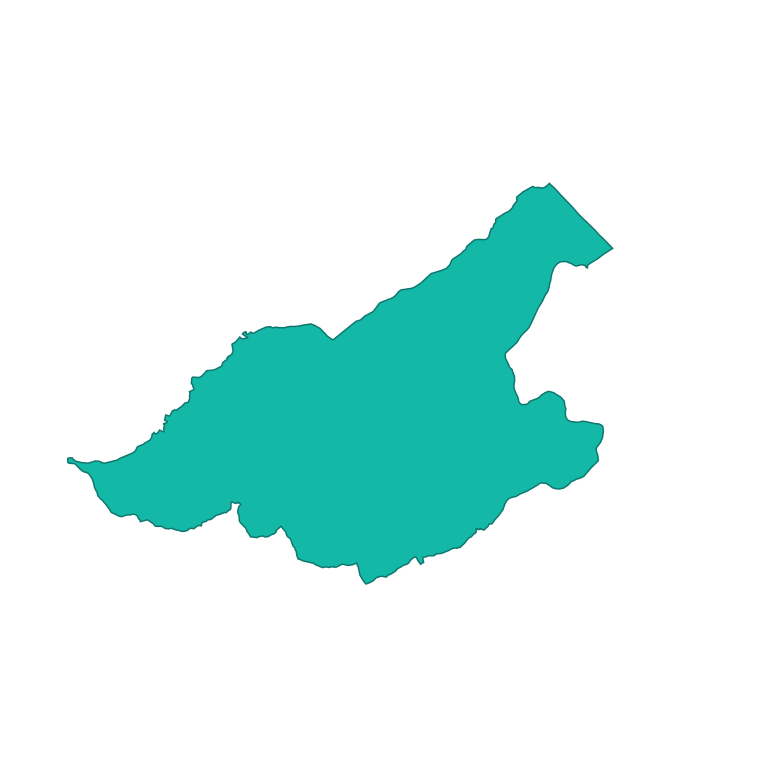 the district of Lunca De Sus, Harghita, Romania, rotated 304°
{"feature_id": "2599482B22332008821667", "entity_name": "Lunca De Sus", "entity_type": "district", "adm_level": 2, "iso_a3": "ROU", "parent_name": "Romania", "parent_adm1": "Harghita", "projection": "orthographic", "projection_center": [25.973, 46.514], "detail": "fine", "context": "isolated", "style": "filled", "palette": "teal", "viewbox_px": 768, "rotation_deg": 304, "n_neighbors": 0, "source": "geoboundaries", "source_scale": "gbopen_adm2", "svg_char_len": 6171}
<svg xmlns="http://www.w3.org/2000/svg" viewBox="0 0 768 768"><g transform="rotate(304 384 384)"><path d="M446.5,598.3L448.1,596.8L449.6,595.8L456.9,596.1L461.5,595.2L467.2,592.5L470.9,589.4L471.5,587.9L471.2,585.0L470.4,583.2L469.4,581.7L465.7,572.4L464.2,569.4L461.4,567.0L460.5,565.8L457.4,560.0L456.9,556.9L457.5,554.5L458.9,552.5L461.7,550.3L465.2,548.6L467.4,545.6L470.5,543.2L471.6,539.3L472.0,537.3L471.7,533.6L471.7,529.7L470.9,527.0L470.0,524.8L469.1,523.9L467.0,522.5L462.9,520.7L460.5,520.3L457.7,519.2L451.9,515.0L450.8,514.5L447.8,514.2L445.0,511.5L443.8,509.0L444.1,507.1L444.8,505.5L446.9,503.6L449.0,500.6L449.7,499.1L452.7,494.9L455.2,492.5L459.6,490.6L463.3,487.9L466.3,483.5L467.6,482.1L468.1,478.6L469.4,477.0L472.8,471.1L474.0,469.6L476.7,467.7L477.5,467.5L493.0,471.0L497.7,470.7L502.6,470.9L508.9,472.3L511.7,472.6L516.7,472.1L533.3,469.3L540.7,469.1L547.5,468.0L551.9,468.1L556.8,466.7L559.7,465.2L562.3,464.6L569.0,461.5L575.2,460.0L579.0,460.1L581.2,460.6L584.1,462.1L587.3,466.3L588.6,472.4L588.8,475.8L589.3,477.4L593.4,481.1L594.6,484.0L594.4,485.2L593.8,486.3L593.9,487.6L594.1,487.8L596.3,486.4L598.4,487.0L607.8,491.3L613.5,493.1L624.3,497.7L626.8,485.8L628.0,478.6L629.5,472.9L633.5,450.6L636.1,441.0L639.8,423.7L641.9,415.3L642.4,410.4L642.9,409.0L638.3,407.9L635.3,406.3L633.1,401.7L631.4,399.6L630.9,396.8L621.2,391.9L613.2,389.5L610.1,391.8L604.2,391.4L602.1,391.9L600.6,391.7L596.9,390.9L593.2,388.7L584.4,384.8L583.1,384.5L581.5,385.7L579.9,386.3L578.0,385.8L574.0,387.2L573.1,386.2L572.3,386.1L566.2,388.0L564.6,388.4L562.1,388.3L561.0,387.7L559.7,386.3L556.5,381.2L553.8,378.3L545.0,375.8L543.6,375.8L541.6,376.6L537.8,375.3L535.1,375.0L526.0,371.2L524.2,371.0L519.9,371.9L514.8,371.1L510.3,368.2L501.9,361.3L488.8,358.3L481.4,355.2L478.8,353.4L471.7,345.7L469.4,344.6L464.8,344.2L461.7,343.5L457.6,341.4L456.5,340.1L454.7,339.2L451.0,336.4L448.3,335.0L438.1,334.6L429.8,330.2L423.9,328.7L420.2,325.7L392.0,317.1L391.9,310.2L392.5,308.5L394.3,299.9L393.8,293.9L392.9,289.8L386.7,283.1L385.0,281.7L381.4,277.4L380.2,275.3L377.9,272.6L374.3,269.2L371.5,264.5L371.0,263.1L368.2,260.1L368.0,257.8L365.4,254.5L359.0,250.5L352.6,247.2L352.6,244.5L350.8,244.0L348.5,242.8L348.7,241.8L350.1,240.4L348.2,238.8L346.2,238.8L346.2,244.9L345.3,244.6L344.4,243.4L342.9,242.3L342.0,240.9L342.3,238.2L335.9,237.5L332.0,235.7L326.9,240.5L323.1,241.2L319.3,239.3L318.5,239.3L318.4,239.7L317.6,239.5L317.5,239.9L316.2,239.9L311.7,238.3L307.8,239.5L305.5,237.9L302.4,236.4L299.7,234.3L296.0,229.6L289.0,228.6L286.9,227.7L285.2,226.1L284.7,224.6L284.1,224.0L282.8,221.6L281.3,221.4L276.8,224.0L276.7,224.8L273.5,229.3L272.1,229.0L268.9,227.0L266.7,229.2L265.4,229.3L264.0,230.8L259.3,231.9L259.0,231.9L257.8,230.3L256.8,229.6L252.3,228.8L245.8,226.3L245.7,225.1L243.5,223.6L237.6,224.3L236.2,220.4L231.2,222.4L231.6,223.8L231.6,225.4L230.9,225.6L227.2,223.2L228.1,224.6L224.2,226.1L221.5,228.1L220.8,227.5L220.3,223.7L217.0,223.8L215.0,222.9L214.9,221.8L215.3,220.6L213.0,219.9L209.6,221.3L206.4,221.3L201.2,218.6L199.7,218.4L194.7,215.0L193.3,214.7L189.9,215.3L186.5,214.4L174.5,206.5L171.8,205.4L161.6,196.2L161.0,193.4L160.9,191.6L158.9,187.9L152.8,182.9L149.6,176.9L147.5,171.1L147.8,168.4L148.4,166.9L146.6,164.2L145.4,163.5L142.3,165.6L142.1,166.2L142.3,167.3L144.8,171.8L144.9,172.5L144.9,173.5L143.4,180.1L143.2,183.3L143.3,184.0L144.3,187.2L144.5,189.1L143.7,191.6L141.8,195.8L137.9,200.4L136.8,201.3L134.7,204.6L133.7,206.8L131.4,209.1L130.2,213.5L130.1,216.1L129.4,217.7L128.3,222.1L126.9,225.3L126.7,226.4L125.1,229.5L126.3,238.3L127.3,240.8L130.1,242.7L132.2,244.8L133.8,247.1L135.5,248.4L136.5,249.9L136.9,252.5L136.1,254.4L135.2,255.8L134.5,258.2L133.7,259.0L139.1,263.8L139.2,271.1L138.2,273.6L139.4,276.1L140.6,277.5L141.7,279.5L141.9,283.6L143.6,286.6L145.5,288.4L146.7,293.2L147.7,295.2L148.6,298.4L150.3,301.0L152.9,303.0L155.8,303.8L156.6,304.9L157.7,307.3L162.7,308.9L164.3,311.9L166.5,310.8L167.8,310.8L170.6,313.4L172.0,313.5L173.5,314.5L174.2,315.6L175.7,316.5L181.8,318.6L183.6,320.4L188.4,323.7L189.1,325.1L192.1,325.8L193.8,326.7L195.2,326.6L199.8,323.7L201.0,323.6L202.2,328.1L203.2,328.9L204.3,329.2L204.2,330.7L204.5,331.4L204.2,332.6L201.4,332.2L198.0,333.3L195.9,334.4L193.1,338.1L189.8,340.5L188.7,342.4L188.3,344.9L187.6,347.3L187.5,349.1L186.8,350.7L185.0,353.2L184.7,354.5L182.7,358.8L185.7,364.7L187.1,365.3L190.2,368.4L190.6,370.9L192.9,373.4L196.4,375.1L198.2,376.7L201.2,377.3L201.8,376.4L208.5,378.2L206.7,384.0L206.6,385.1L204.1,388.0L203.4,389.9L203.5,392.4L201.9,395.1L198.9,398.9L198.2,401.8L196.8,403.3L196.4,404.5L193.1,407.7L190.9,410.6L191.8,413.2L191.8,414.5L192.5,416.8L195.9,425.7L196.0,429.1L196.7,431.5L196.8,432.9L197.4,435.5L197.7,436.1L198.9,436.9L200.7,439.5L200.9,440.7L203.0,442.6L203.9,443.8L204.2,445.0L205.5,446.8L211.4,450.2L213.5,455.8L216.7,459.1L220.4,461.6L219.0,462.9L218.1,464.8L212.1,471.0L209.1,477.4L208.1,480.9L211.7,483.5L215.4,485.3L218.3,485.6L220.0,486.5L220.8,487.5L222.1,488.2L223.4,489.6L225.2,493.8L227.8,494.4L231.3,496.5L235.4,498.2L238.5,498.5L241.5,500.2L244.5,501.4L247.8,504.0L250.1,504.6L253.3,504.6L256.5,505.6L258.5,507.0L258.1,508.4L256.7,510.5L255.0,515.2L257.4,516.0L258.1,516.7L261.6,513.3L262.5,513.6L264.2,515.6L266.4,516.6L267.3,518.3L270.0,521.8L271.6,522.0L273.0,523.1L275.7,526.4L282.2,530.8L284.3,531.8L286.8,533.5L288.4,535.5L288.4,536.2L289.5,536.7L291.1,538.5L297.5,539.9L302.2,540.1L304.8,540.9L306.1,541.9L308.5,542.0L311.8,543.1L312.9,543.2L315.2,541.4L315.6,541.4L315.9,541.8L315.4,542.0L316.2,543.7L317.2,544.1L317.5,544.5L317.1,544.8L318.5,546.0L318.3,546.9L318.5,547.7L319.1,548.8L320.7,548.9L323.9,549.8L326.9,549.4L327.6,550.8L328.7,551.7L329.9,551.9L332.6,551.7L338.9,552.6L345.6,552.9L347.2,552.7L351.2,551.5L355.2,551.0L358.9,551.6L361.1,553.0L364.7,556.4L368.9,558.3L375.2,562.5L385.2,567.4L389.2,568.9L389.9,569.5L392.4,574.4L392.4,579.8L392.2,581.0L392.3,582.2L393.4,585.2L395.0,588.1L398.5,591.3L399.7,591.6L400.9,592.3L405.3,593.6L407.9,593.8L409.2,594.9L412.6,596.7L416.0,599.5L419.3,601.3L431.1,602.7L439.6,604.5L440.6,604.4L441.4,603.7L444.7,600.8L446.5,598.3Z" fill="#14b8a6" stroke="#0f766e" stroke-width="1.5"/></g></svg>